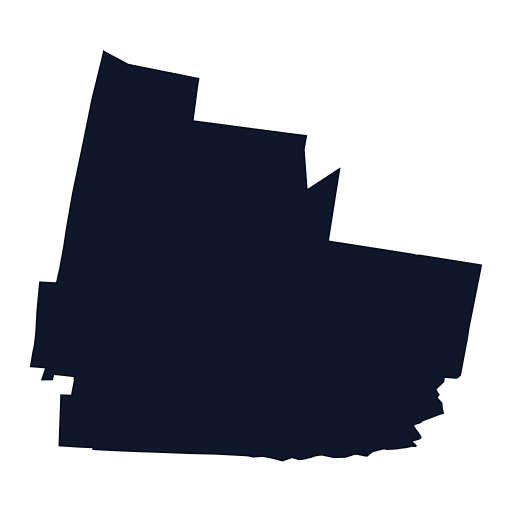 Draghiceni, Olt, Romania
{"feature_id": "2599482B25655754633990", "entity_name": "Draghiceni", "entity_type": "district", "adm_level": 2, "iso_a3": "ROU", "parent_name": "Romania", "parent_adm1": "Olt", "projection": "natural_earth1", "projection_center": [24.263, 44.139], "detail": "fine", "context": "isolated", "style": "filled", "palette": "ink", "viewbox_px": 512, "rotation_deg": 0, "n_neighbors": 0, "source": "geoboundaries", "source_scale": "gbopen_adm2", "svg_char_len": 2340}
<svg xmlns="http://www.w3.org/2000/svg" viewBox="0 0 512 512"><path d="M317.4,455.3L320.1,454.9L322.3,454.8L323.8,455.2L325.2,455.5L329.2,456.3L334.2,457.4L336.0,457.3L338.7,457.2L343.5,457.1L345.0,457.0L347.4,456.5L349.1,455.9L351.2,455.2L353.7,454.3L354.7,454.1L356.6,454.0L358.0,454.2L359.8,454.6L363.3,455.4L365.7,455.8L366.6,456.0L367.0,455.9L369.0,454.3L371.7,452.1L373.0,451.3L375.4,450.8L378.0,450.1L381.2,449.2L384.2,448.6L386.2,449.1L387.5,449.2L389.7,449.1L396.7,448.7L401.6,447.9L405.3,447.5L412.3,446.1L413.8,446.1L414.7,446.2L415.6,446.3L416.0,445.8L415.9,445.5L411.5,441.5L412.0,440.9L414.3,440.3L417.1,439.5L418.5,439.1L420.4,438.2L420.9,437.2L419.3,434.5L414.0,427.3L413.4,425.9L413.6,425.1L414.9,424.2L418.4,423.2L420.7,422.3L422.5,420.6L423.9,420.1L431.7,417.2L439.2,414.3L443.2,413.2L442.8,411.3L442.1,408.1L441.7,403.5L441.5,402.9L439.8,401.0L437.5,398.6L437.1,397.7L437.2,396.9L438.3,395.4L438.9,394.5L438.1,393.6L436.2,390.7L435.8,389.3L436.1,388.7L437.8,387.0L439.5,385.6L441.3,383.8L443.5,381.6L444.0,377.1L456.4,378.0L457.1,377.7L458.8,376.5L460.3,375.0L466.9,340.0L468.3,331.4L468.5,329.2L468.8,327.8L481.3,265.2L418.7,255.2L418.1,255.5L416.6,255.5L413.0,254.5L328.1,241.2L328.3,239.9L335.3,195.3L339.5,168.9L330.0,175.1L306.9,190.2L303.9,149.3L304.9,143.7L305.0,143.2L306.3,135.9L248.8,128.4L192.8,121.0L197.3,86.7L198.6,78.7L128.0,64.5L109.5,54.6L104.0,51.6L103.7,51.3L103.3,53.8L101.4,61.7L99.1,70.9L96.5,81.7L94.6,89.2L92.0,99.8L88.8,115.9L85.4,132.5L83.7,141.1L72.8,193.2L66.9,226.9L63.9,246.7L60.0,268.0L56.8,282.4L56.7,283.1L39.9,282.2L37.2,310.6L36.9,316.6L36.5,323.9L36.2,330.1L35.4,338.2L34.5,345.6L33.1,352.1L30.7,366.5L32.5,366.6L46.1,367.7L44.2,373.0L42.0,379.7L52.2,379.5L53.6,374.2L59.1,374.7L74.3,376.4L74.4,377.9L74.5,381.0L73.3,387.0L72.1,393.0L71.9,394.5L71.7,395.5L61.0,395.1L60.7,406.0L59.8,429.8L59.3,445.6L71.7,446.4L77.9,446.8L84.0,447.1L91.5,447.4L93.2,447.5L93.2,448.4L93.2,449.3L99.2,449.6L102.6,449.8L122.9,450.8L142.8,451.6L148.1,451.7L190.3,453.3L216.0,453.9L246.3,455.5L248.7,455.8L252.0,456.6L252.9,456.8L261.9,456.2L262.9,456.2L271.6,457.8L274.9,458.6L282.4,460.7L289.5,458.2L292.2,457.3L292.5,457.4L296.6,458.7L298.3,459.2L299.8,459.5L304.7,458.7L306.2,458.3L307.8,457.9L310.8,457.2L313.1,456.4L315.2,455.7L317.4,455.3Z" fill="#0f172a" stroke="#020617" stroke-width="1.5"/></svg>